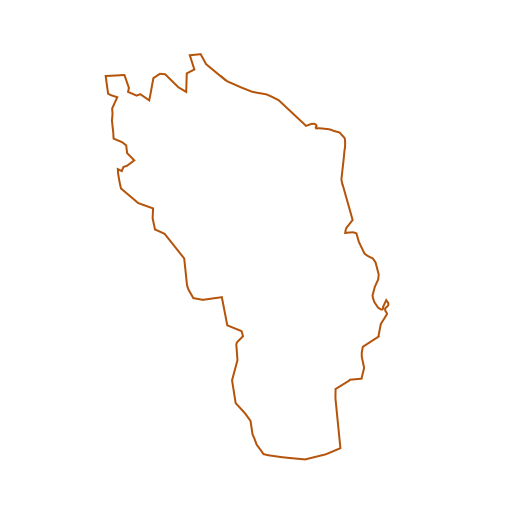 outline of Razih, Sa`dah, Yemen, rotated 351°
{"feature_id": "15242507B22437016360372", "entity_name": "Razih", "entity_type": "district", "adm_level": 2, "iso_a3": "YEM", "parent_name": "Yemen", "parent_adm1": "Sa`dah", "projection": "natural_earth1", "projection_center": [43.257, 16.923], "detail": "fine", "context": "isolated", "style": "outline", "palette": "amber", "viewbox_px": 512, "rotation_deg": 351, "n_neighbors": 0, "source": "geoboundaries", "source_scale": "gbopen_adm2", "svg_char_len": 2305}
<svg xmlns="http://www.w3.org/2000/svg" viewBox="0 0 512 512"><g transform="rotate(351 256 256)"><path d="M251.4,75.0L251.5,75.5L236.7,58.7L232.9,48.0L222.0,47.4L224.3,62.1L216.2,64.8L213.1,81.1L212.7,83.0L205.8,77.3L194.7,62.3L189.6,61.0L189.1,61.3L182.5,64.2L177.0,79.8L174.9,85.6L167.1,78.1L163.2,78.9L155.3,73.9L156.8,70.1L156.1,66.5L154.4,56.7L151.3,56.3L147.7,56.0L144.0,55.6L139.3,55.1L135.7,54.7L135.3,72.5L137.6,74.3L143.8,77.5L137.0,87.8L136.5,93.4L135.2,98.5L134.9,99.7L134.3,112.1L133.7,117.8L141.5,122.6L145.1,126.4L144.8,134.2L150.7,142.5L142.5,146.8L139.0,147.3L136.7,151.1L133.1,148.6L132.7,153.5L132.8,161.5L133.2,168.2L140.8,177.0L147.9,185.3L161.8,192.9L159.8,202.5L159.9,205.1L160.4,214.0L162.4,215.3L163.0,215.7L164.1,216.4L169.1,219.7L169.4,220.2L169.6,220.4L170.0,221.2L184.7,247.2L183.3,274.3L184.1,278.7L187.5,287.8L196.7,291.0L215.8,291.3L216.8,320.0L230.0,328.0L230.6,333.2L223.8,338.2L222.7,340.2L221.4,356.0L212.9,375.0L212.9,398.1L220.5,409.6L224.8,418.0L224.7,429.3L224.7,431.7L225.8,435.7L227.1,442.3L232.5,452.9L237.2,454.8L249.9,458.7L256.2,460.4L272.6,464.6L293.9,462.8L309.3,459.0L312.2,408.9L313.8,399.8L328.4,393.7L329.4,392.9L341.0,393.7L345.3,383.4L344.7,372.4L345.3,368.1L347.3,362.4L364.6,354.7L364.5,354.2L368.6,342.7L375.8,334.5L376.3,333.6L376.2,332.7L375.1,330.2L375.3,328.3L375.9,327.5L378.0,326.2L379.1,325.0L379.3,323.2L377.7,320.0L373.7,325.9L373.2,327.9L372.5,328.6L371.2,328.4L368.5,326.1L365.8,320.3L365.0,316.4L364.9,313.3L368.5,305.1L373.0,298.3L374.3,293.5L373.1,281.1L371.0,276.7L366.7,273.7L363.6,270.8L359.8,258.2L358.7,249.3L355.7,247.8L350.8,247.3L347.7,247.2L348.8,243.9L349.9,242.2L357.1,235.5L357.0,234.9L356.9,234.3L356.4,229.7L355.3,220.6L354.4,213.0L352.8,199.5L352.6,199.5L352.5,197.9L352.3,193.8L358.4,171.6L358.8,170.0L359.8,166.0L360.3,164.5L361.2,161.4L361.9,157.0L362.1,153.7L360.8,151.5L359.4,149.5L357.9,147.1L351.9,144.4L350.2,143.2L347.2,142.0L338.1,139.6L336.4,139.6L335.4,139.4L335.1,138.8L335.2,138.1L335.8,137.9L336.2,137.0L336.0,136.0L334.9,135.0L334.1,134.5L331.5,134.2L325.7,135.3L323.1,131.7L322.3,130.8L307.3,111.5L302.8,105.7L296.3,101.0L291.4,97.9L284.3,95.5L277.9,93.2L276.4,92.3L269.6,88.3L268.2,87.5L255.0,79.0L254.3,78.3L254.2,78.1L252.6,76.4L251.4,75.0Z" fill="none" stroke="#b45309" stroke-width="2"/></g></svg>